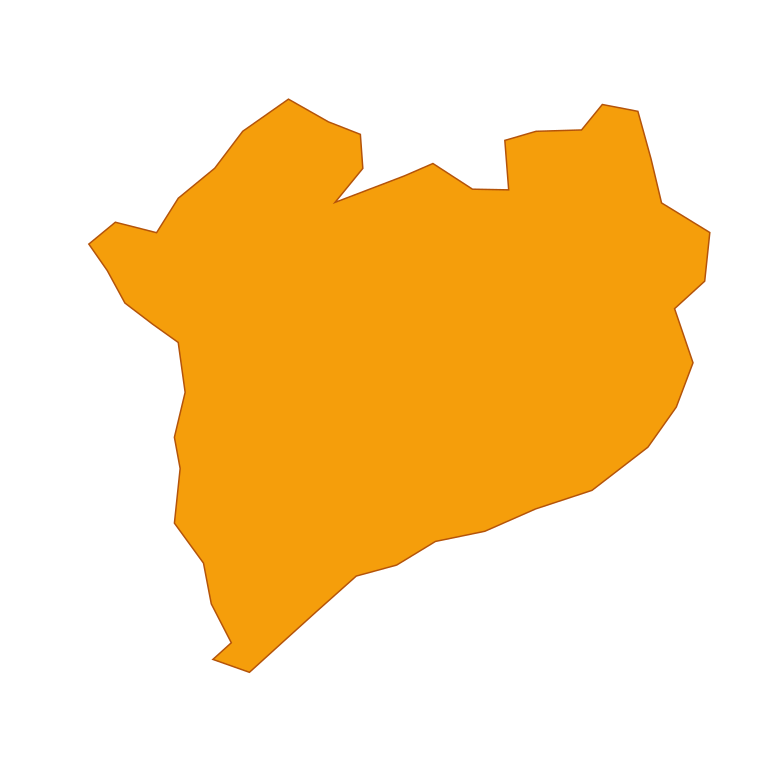 Meniko, Nicosia, Cyprus (Natural Earth projection), rotated 186°
{"feature_id": "46923920B66870539370935", "entity_name": "Meniko", "entity_type": "district", "adm_level": 2, "iso_a3": "CYP", "parent_name": "Cyprus", "parent_adm1": "Nicosia", "projection": "natural_earth1", "projection_center": [33.147, 35.101], "detail": "fine", "context": "isolated", "style": "filled", "palette": "amber", "viewbox_px": 768, "rotation_deg": 186, "n_neighbors": 0, "source": "geoboundaries", "source_scale": "gbopen_adm2", "svg_char_len": 764}
<svg xmlns="http://www.w3.org/2000/svg" viewBox="0 0 768 768"><g transform="rotate(186 384 384)"><path d="M525.4,92.2L487.7,83.2L457.7,116.8L427.6,150.4L391.5,190.1L352.4,205.3L316.4,232.8L268.3,248.1L220.2,275.6L166.0,300.0L114.9,348.8L90.9,391.6L78.9,437.4L102.9,489.3L75.8,519.8L75.8,568.7L126.9,593.1L142.0,635.9L160.0,681.7L196.1,684.8L214.1,657.3L259.2,651.2L289.3,638.9L280.3,590.1L316.4,587.0L358.4,608.4L385.5,593.1L451.7,559.5L427.6,596.2L433.6,629.8L466.7,638.9L508.8,657.3L550.9,620.6L574.9,580.9L608.0,547.3L626.0,510.7L668.1,516.8L692.2,492.3L671.1,467.9L650.1,437.4L620.0,419.1L593.0,403.8L580.9,354.9L586.9,309.1L577.9,278.6L577.9,223.7L544.8,187.0L532.8,147.3L508.8,110.7L525.4,92.2Z" fill="#f59e0b" stroke="#b45309" stroke-width="1.5"/></g></svg>